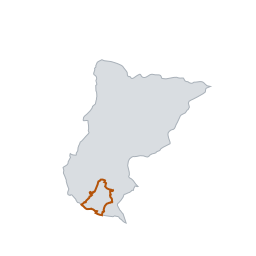 location of Mambéré-Kadéï within Central African Republic, rotated 318°
{"feature_id": "CAF-801", "entity_name": "Mambéré-Kadéï", "entity_type": "Prefecture", "adm_level": 1, "iso_a3": "CAF", "parent_name": "Central African Republic", "parent_adm1": "", "projection": "natural_earth1", "projection_center": [15.964, 4.523], "detail": "fine", "context": "in_parent", "style": "outline", "palette": "amber", "viewbox_px": 256, "rotation_deg": 318, "n_neighbors": 0, "source": "natural_earth", "source_scale": "10m", "svg_char_len": 6054}
<svg xmlns="http://www.w3.org/2000/svg" viewBox="0 0 256 256"><g transform="rotate(318 128 128)"><path d="M170.7,95.3L172.7,95.9L173.1,96.6L172.6,98.9L173.0,100.4L174.1,101.6L175.3,102.2L176.4,102.5L180.2,103.2L181.8,104.1L183.9,106.8L186.6,109.3L187.3,110.7L187.1,111.9L186.4,113.3L186.5,113.9L187.7,115.4L189.1,116.9L191.7,118.5L196.1,121.2L198.1,122.9L198.8,124.2L200.0,125.7L201.6,127.0L202.6,128.0L201.9,130.9L202.1,131.8L202.5,132.6L203.5,133.7L203.8,135.2L204.8,137.0L205.9,137.8L207.7,138.1L208.7,139.0L210.7,140.4L212.6,141.7L213.4,142.5L214.0,143.3L214.4,144.2L214.6,145.1L214.7,147.0L215.0,149.4L216.1,151.0L217.1,152.3L213.1,150.9L212.5,150.8L211.8,151.1L209.7,152.8L209.1,153.0L206.5,152.7L200.2,151.3L195.3,150.0L193.8,149.5L191.3,149.0L189.5,149.9L187.9,153.0L187.5,153.6L185.0,154.5L183.8,154.3L180.8,155.1L176.3,153.9L174.7,154.1L173.5,154.7L170.2,156.1L168.3,156.9L166.0,157.7L163.8,158.8L162.3,159.4L160.9,159.4L159.6,158.7L158.2,158.2L156.5,158.1L154.7,158.4L153.3,159.6L152.7,160.5L151.4,162.8L149.8,166.6L149.2,167.4L148.7,167.8L141.6,165.9L138.6,165.4L136.5,166.0L134.0,165.0L132.8,164.8L132.3,165.1L130.9,164.6L128.5,163.3L126.3,162.8L124.3,163.0L123.1,162.6L122.1,161.3L120.8,159.0L118.5,156.7L115.4,154.9L113.5,153.5L112.7,152.6L111.1,152.1L108.5,152.0L106.1,152.9L102.6,155.7L99.4,161.6L97.6,163.8L96.1,164.4L95.7,165.8L96.5,168.1L96.7,170.6L96.2,175.0L96.3,178.2L95.6,177.7L94.8,176.2L94.5,175.9L92.3,176.6L91.2,177.2L90.6,177.8L90.2,177.9L89.5,177.1L88.9,176.9L88.1,177.1L87.2,177.0L86.7,176.9L86.3,177.0L85.3,176.5L81.6,175.3L81.0,174.9L80.2,174.9L78.3,176.0L77.3,176.3L74.3,177.0L71.0,177.3L69.7,177.3L68.9,177.8L68.3,178.5L67.3,182.5L67.0,183.2L67.1,184.2L66.8,187.5L66.9,188.5L63.0,197.4L62.3,195.9L61.9,194.2L61.8,192.2L61.9,191.7L61.6,191.1L61.3,189.4L61.6,188.4L61.4,187.3L60.6,186.2L59.9,185.4L59.5,184.6L59.2,184.3L58.4,184.2L57.4,183.8L53.0,178.6L48.5,172.7L47.6,170.8L47.2,169.7L48.3,169.5L48.6,169.3L48.6,168.8L47.9,167.3L47.6,165.4L47.1,164.2L45.3,162.4L43.6,161.0L43.1,160.3L42.7,159.3L42.1,153.0L41.8,151.2L41.3,150.4L40.9,150.0L40.7,149.6L40.8,148.4L41.0,147.4L41.0,147.0L41.5,146.1L41.5,140.2L40.9,139.4L39.9,139.4L39.4,138.6L38.9,137.5L39.1,136.7L40.1,135.5L40.7,135.1L42.6,134.1L43.2,133.7L43.5,133.1L43.7,132.3L44.9,129.3L46.5,126.2L47.2,125.6L48.9,121.2L49.3,120.0L49.6,118.9L50.1,118.0L52.0,116.5L53.3,113.9L54.8,114.0L56.4,114.4L58.4,114.6L59.9,114.1L60.9,113.1L65.7,111.3L66.0,109.9L66.8,109.2L67.6,108.5L68.0,108.4L68.0,108.9L68.6,110.4L69.6,111.8L71.2,113.4L71.7,113.3L72.7,112.1L75.2,111.4L75.8,111.0L77.6,109.3L79.7,108.1L80.9,107.7L83.1,106.5L84.6,106.7L87.1,106.5L91.2,106.0L94.1,105.8L95.6,105.5L96.0,105.3L96.6,103.6L97.0,103.1L98.1,102.4L100.3,99.8L101.7,97.7L102.2,96.9L102.5,96.7L103.1,95.8L102.5,94.9L100.0,93.0L100.0,92.7L99.9,92.4L100.0,92.1L101.0,91.3L102.2,90.4L103.6,90.1L107.0,90.2L110.0,90.0L110.7,90.0L113.0,89.6L114.6,89.2L116.2,88.2L119.9,88.3L123.0,86.0L123.9,85.6L124.3,85.2L124.4,84.8L125.8,83.9L127.4,82.0L128.7,80.2L129.0,79.0L132.5,74.8L133.7,74.9L134.3,74.4L135.7,71.6L136.1,71.1L137.5,70.6L138.2,69.8L138.8,68.6L138.8,67.1L138.5,65.9L138.5,65.3L138.8,64.7L139.4,64.2L142.0,62.7L142.7,62.0L143.1,61.3L143.8,61.2L144.6,61.3L145.2,60.9L145.7,60.2L147.6,59.3L149.2,58.6L151.0,58.9L154.3,59.8L155.2,61.8L155.7,62.5L159.7,67.1L160.5,68.3L162.5,71.7L163.7,74.0L165.1,77.3L165.3,79.0L165.1,80.6L164.8,84.9L164.5,86.2L162.8,88.5L162.7,89.6L163.0,90.5L163.6,90.8L163.9,91.3L163.7,93.3L164.4,94.1L165.7,94.6L169.0,95.0L170.7,95.3Z" fill="#d9dde1" stroke="#a8b0b8" stroke-width="1"/><path d="M48.2,168.1L47.9,167.6L47.9,166.6L47.7,165.7L47.6,165.3L47.4,164.8L46.9,164.1L46.8,163.9L46.8,163.5L46.7,163.3L46.5,163.2L45.9,163.0L43.7,161.2L43.2,160.7L42.9,160.0L42.7,159.3L42.6,158.1L42.5,157.8L42.5,157.7L42.6,157.1L42.4,155.5L42.4,155.3L42.3,155.1L42.2,155.0L42.3,154.5L42.2,154.4L42.1,154.2L42.1,153.8L42.3,153.8L43.4,153.9L44.6,154.1L44.9,154.1L45.2,154.1L45.7,153.9L45.8,153.9L46.0,153.9L46.2,154.0L46.7,154.7L46.8,154.9L47.0,154.9L47.3,154.7L47.9,154.2L48.3,154.1L48.6,154.0L50.9,154.0L51.1,153.9L51.3,153.8L51.8,154.0L52.3,154.0L52.5,153.9L53.4,153.3L53.5,153.2L53.8,153.3L54.4,153.6L54.7,153.6L54.8,153.6L55.0,153.7L56.2,153.7L56.1,151.9L56.0,151.6L55.9,151.5L55.9,151.4L56.0,151.2L56.4,150.7L56.4,150.4L56.5,150.3L57.1,150.3L57.3,150.4L57.3,150.7L57.3,150.8L57.5,151.3L57.6,151.6L57.5,151.9L57.5,152.1L57.8,152.7L58.0,152.8L59.0,152.5L59.4,152.3L59.5,152.2L59.7,152.3L59.9,152.6L60.0,152.7L60.2,152.9L60.5,152.9L60.8,152.9L61.3,152.7L67.7,149.6L69.7,148.2L70.2,148.0L70.5,147.9L70.8,148.2L71.1,148.3L71.5,148.4L72.0,148.3L72.5,148.2L72.9,148.1L73.1,148.1L73.3,148.2L74.7,149.4L74.9,149.8L75.8,151.4L75.8,151.5L75.7,151.8L75.2,151.9L75.0,152.0L74.8,152.2L74.6,152.4L74.5,152.5L74.3,152.5L74.2,152.5L74.7,153.6L74.8,154.1L74.7,154.2L74.7,154.4L74.6,154.5L74.3,154.6L74.2,154.7L73.9,154.8L72.9,155.6L72.3,155.9L72.1,156.0L71.9,156.1L71.9,158.2L71.9,158.5L72.1,159.1L72.2,159.4L73.3,161.7L73.4,161.9L73.7,162.0L74.0,162.3L74.2,162.6L74.3,163.0L74.5,163.5L74.8,163.9L74.8,164.0L75.2,164.1L75.1,164.4L75.0,164.5L74.9,164.5L74.2,164.4L73.9,164.1L73.8,163.9L73.7,163.8L72.9,163.2L72.7,163.2L72.4,163.1L72.1,163.4L71.8,163.8L71.6,164.0L71.2,164.5L70.6,166.0L70.1,165.9L69.8,165.8L69.7,165.9L69.5,166.1L69.0,167.1L68.8,167.4L68.7,167.7L68.7,167.9L68.7,168.4L68.7,169.1L68.7,169.3L68.7,169.5L68.5,169.9L68.0,170.7L67.5,171.3L67.2,171.6L67.0,171.8L66.9,172.3L66.7,172.5L66.4,172.5L65.9,171.9L65.6,171.7L65.4,171.6L64.9,171.7L64.7,171.6L64.4,171.4L64.3,171.2L63.7,170.9L63.4,170.8L62.2,170.4L61.9,170.2L61.6,170.1L61.2,170.1L58.9,170.4L58.4,170.6L56.8,171.4L55.2,172.5L54.7,173.6L54.5,173.9L54.3,173.9L53.9,174.0L53.7,174.0L53.5,173.6L53.4,173.5L53.3,173.4L53.2,173.4L52.8,173.4L52.6,173.6L50.4,175.2L50.3,175.3L50.2,175.1L49.1,173.8L47.9,171.7L47.1,169.5L47.3,169.5L47.8,169.6L48.0,169.7L48.3,169.6L48.8,169.3L49.1,169.2L49.4,169.1L49.3,168.9L49.2,168.8L49.0,168.7L48.8,168.7L48.7,168.6L48.7,168.4L48.6,168.2L48.4,168.1L48.2,168.1Z" fill="none" stroke="#b45309" stroke-width="2"/></g></svg>